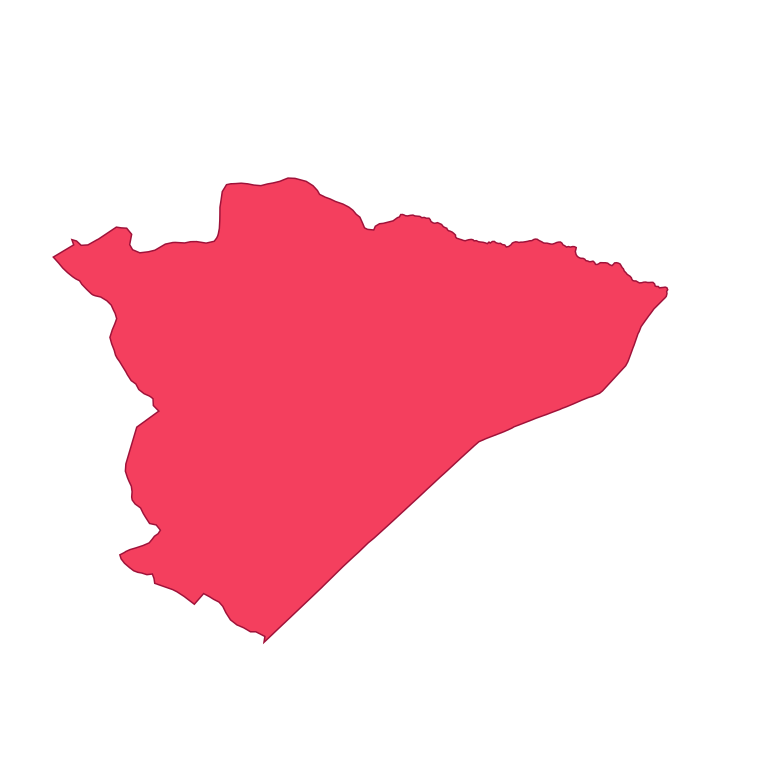 Kuresoi South, Rift Valley, Kenya (orthographic projection), rotated 258°
{"feature_id": "3690345B31423540418892", "entity_name": "Kuresoi South", "entity_type": "district", "adm_level": 2, "iso_a3": "KEN", "parent_name": "Kenya", "parent_adm1": "Rift Valley", "projection": "orthographic", "projection_center": [35.659, -0.544], "detail": "fine", "context": "isolated", "style": "filled", "palette": "rose", "viewbox_px": 768, "rotation_deg": 258, "n_neighbors": 0, "source": "geoboundaries", "source_scale": "gbopen_adm2", "svg_char_len": 4781}
<svg xmlns="http://www.w3.org/2000/svg" viewBox="0 0 768 768"><g transform="rotate(258 384 384)"><path d="M307.8,464.8L309.4,472.5L312.4,491.3L314.3,500.0L315.1,502.2L316.5,511.2L318.5,523.2L318.9,525.4L319.2,527.6L320.6,537.9L321.4,542.8L322.6,550.8L323.1,553.0L323.9,558.3L325.5,566.6L327.0,573.7L328.4,581.7L328.6,585.2L329.3,588.3L330.1,592.9L331.9,596.4L348.8,620.2L351.6,624.2L355.0,627.1L356.8,628.3L363.3,632.4L368.0,635.3L369.9,636.6L377.2,641.0L380.4,642.9L382.1,644.4L386.7,647.4L391.5,652.6L393.2,654.5L395.5,657.0L397.8,659.7L401.4,663.7L405.7,670.4L408.2,674.2L409.9,676.9L411.0,678.3L413.6,679.6L415.8,679.7L417.2,681.1L419.4,680.7L420.3,679.2L420.4,677.3L420.6,675.6L420.8,673.4L422.4,672.5L422.7,670.9L423.5,669.6L425.6,669.5L427.5,668.2L427.9,666.4L428.1,664.7L428.5,662.9L429.3,661.1L429.6,659.3L429.5,657.2L429.8,654.8L431.3,653.1L432.4,651.9L432.7,650.4L433.4,649.0L434.7,648.2L436.3,648.1L438.1,647.2L439.5,645.8L440.8,644.6L442.5,643.8L444.5,642.5L446.9,642.1L448.3,641.2L450.2,640.6L452.3,639.9L453.5,638.4L454.3,636.7L454.5,634.7L453.4,633.3L452.4,631.6L453.8,629.5L455.7,627.9L456.6,625.7L457.0,623.7L457.4,622.2L457.7,620.7L457.0,619.2L456.6,617.5L457.0,615.8L459.1,615.2L460.7,614.0L460.7,611.6L461.0,610.1L461.9,609.0L462.7,607.1L464.4,606.3L465.5,604.9L466.1,602.5L467.4,600.7L468.7,599.6L470.7,598.8L473.9,598.7L476.0,599.8L477.5,600.4L478.7,598.9L479.2,597.3L479.2,594.6L480.1,593.0L480.0,591.0L481.7,589.5L482.9,588.0L484.9,587.3L486.2,586.1L486.5,584.3L486.5,582.3L486.0,580.0L485.8,577.7L486.2,576.3L487.0,574.6L487.9,572.7L488.3,570.7L488.9,569.3L490.1,568.1L491.2,566.7L492.3,565.3L493.7,564.0L494.3,562.1L494.2,560.4L493.5,558.5L493.8,556.2L493.7,554.0L493.8,551.2L493.9,549.2L494.3,547.2L494.4,545.3L495.1,544.1L495.7,542.4L495.6,540.6L495.2,538.8L493.7,537.1L492.6,534.5L492.6,532.1L494.9,531.0L495.8,528.7L497.4,527.2L497.7,525.0L498.9,522.9L500.5,521.6L500.9,519.6L499.8,517.3L501.0,516.2L499.8,514.2L501.0,512.4L502.0,510.4L502.9,507.7L503.6,505.9L505.0,504.2L505.3,501.9L506.6,501.0L507.3,499.4L507.5,497.0L507.4,495.1L507.2,493.2L508.1,491.2L509.0,489.9L509.7,488.5L510.5,487.2L511.5,485.4L513.0,484.6L514.8,484.9L516.8,483.6L518.4,482.3L519.8,480.4L520.5,479.0L521.7,478.1L523.3,477.8L524.4,476.1L525.6,474.7L528.1,473.5L529.4,471.7L530.7,469.9L530.6,467.1L531.4,465.5L533.2,463.7L535.1,463.4L536.8,462.5L537.4,459.8L538.6,458.0L538.8,455.6L540.5,453.9L541.3,451.3L542.0,449.1L543.2,447.5L543.5,444.8L543.5,441.9L544.2,439.9L545.2,438.7L545.9,437.5L546.3,435.6L544.2,433.8L543.9,431.7L541.7,426.8L541.3,416.7L541.7,412.9L540.1,408.3L536.8,406.0L538.7,400.0L540.8,397.4L546.2,396.4L552.2,395.1L555.8,392.1L560.4,389.7L564.2,386.5L568.5,381.3L572.6,374.5L576.2,369.8L579.0,365.3L582.9,360.4L587.1,359.1L592.7,355.8L598.4,350.0L603.6,339.8L605.4,332.9L604.7,328.6L603.9,324.3L603.7,317.5L603.9,311.5L603.6,304.8L605.6,298.2L608.1,292.4L610.1,286.1L610.9,280.4L611.4,277.4L611.7,275.7L611.7,271.4L605.8,265.8L597.6,262.8L591.0,260.3L584.2,258.8L578.2,257.4L570.4,255.3L565.4,253.2L563.4,252.1L561.6,250.7L558.9,247.6L558.8,239.3L562.3,230.2L563.4,224.5L563.4,218.3L565.5,210.7L565.9,209.2L566.3,206.9L566.3,199.2L562.5,187.8L562.3,181.0L563.1,172.4L567.6,166.0L573.2,164.2L582.9,168.3L589.9,164.7L591.4,159.3L593.1,154.8L585.1,134.8L584.7,133.2L581.6,123.3L582.6,116.6L587.8,113.0L590.1,108.7L584.6,109.4L576.9,86.9L569.8,91.0L564.2,93.9L558.8,97.6L553.7,101.7L550.9,104.4L548.3,107.7L544.3,109.2L538.5,112.8L532.9,116.6L531.6,117.9L530.3,120.0L528.0,125.0L523.1,130.2L517.9,133.6L512.8,134.7L508.9,135.7L503.5,136.1L498.8,133.2L493.5,129.5L486.6,125.6L479.9,126.0L473.3,127.1L468.0,127.4L464.6,128.4L462.6,129.3L461.0,130.0L455.6,131.9L449.7,134.0L446.5,134.9L439.9,137.4L435.6,141.3L429.6,143.0L424.4,147.3L421.1,151.9L419.5,153.5L417.6,155.0L410.9,153.9L404.3,158.1L393.2,133.2L369.1,120.1L359.5,114.9L352.5,112.9L345.8,113.6L342.1,114.3L336.6,115.6L331.0,115.2L325.9,113.7L322.9,113.6L318.4,115.6L313.4,120.1L307.4,121.6L303.1,123.1L296.3,125.7L293.5,131.9L287.5,134.9L284.5,131.9L282.8,127.8L280.2,124.8L277.4,121.2L276.1,114.7L275.3,107.4L274.8,101.0L273.8,96.5L273.2,95.2L271.8,90.1L267.6,90.5L262.6,92.9L257.1,97.1L253.4,100.3L251.0,104.0L249.5,107.7L246.8,112.4L246.3,117.9L241.6,118.6L236.7,118.3L226.8,134.6L223.8,138.3L217.8,144.3L208.0,152.7L216.5,164.0L212.3,169.0L208.8,172.6L205.0,177.3L200.0,180.1L193.2,181.8L185.2,184.8L179.0,190.0L174.7,196.1L169.4,201.9L168.3,207.1L161.8,215.0L156.3,212.9L157.9,215.6L166.7,229.9L177.7,247.9L188.5,265.5L196.8,279.0L197.9,280.8L199.1,282.6L214.0,306.0L221.8,319.0L224.8,324.2L232.0,335.7L235.3,342.1L245.9,360.3L257.6,380.0L267.7,397.0L272.4,404.7L276.0,410.8L281.2,419.4L286.0,427.7L295.4,443.4L304.8,459.4L307.8,464.8Z" fill="#f43f5e" stroke="#9f1239" stroke-width="1.5"/></g></svg>